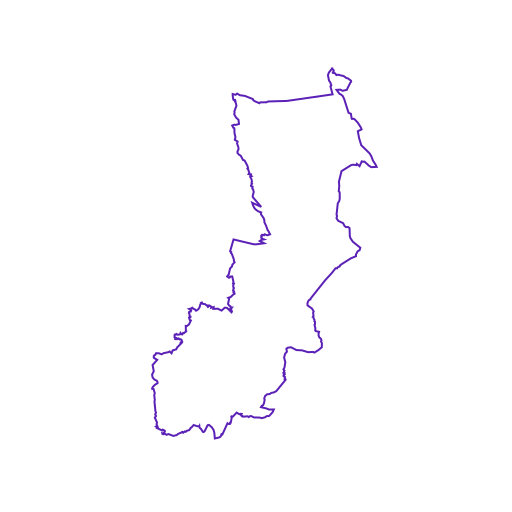 the district of Ajalpan, Puebla, Mexico, rotated 301°
{"feature_id": "50627088B30367983369088", "entity_name": "Ajalpan", "entity_type": "district", "adm_level": 2, "iso_a3": "MEX", "parent_name": "Mexico", "parent_adm1": "Puebla", "projection": "albers", "projection_center": [-97.164, 18.435], "detail": "fine", "context": "isolated", "style": "outline", "palette": "violet", "viewbox_px": 512, "rotation_deg": 301, "n_neighbors": 0, "source": "geoboundaries", "source_scale": "gbopen_adm2", "svg_char_len": 6091}
<svg xmlns="http://www.w3.org/2000/svg" viewBox="0 0 512 512"><g transform="rotate(301 256 256)"><path d="M385.5,156.2L383.7,155.5L382.8,152.6L381.1,153.7L378.4,156.0L378.3,156.7L379.0,157.6L378.3,158.5L377.8,158.2L376.6,160.1L374.8,161.8L368.7,163.0L367.7,163.9L366.2,164.4L364.4,167.6L363.7,170.9L360.4,173.4L357.9,171.1L357.4,169.8L355.6,168.4L354.3,170.5L354.4,171.6L350.1,174.4L347.4,177.1L344.7,178.0L344.6,181.3L342.7,181.8L340.2,184.8L338.6,186.0L336.0,186.3L334.8,187.1L334.1,189.2L334.1,191.3L331.6,195.4L332.0,197.0L329.1,201.9L327.3,203.9L326.4,203.7L326.1,204.8L323.8,207.5L322.4,207.5L323.4,209.7L322.4,210.0L322.2,211.0L321.2,210.0L320.9,210.2L319.7,212.3L317.9,214.1L316.3,214.5L316.1,215.3L313.8,215.4L313.3,216.0L313.7,217.3L311.8,218.2L311.6,219.2L309.7,221.1L306.1,222.1L304.8,222.9L300.8,235.2L299.7,225.3L298.1,227.1L296.6,229.3L295.8,231.3L295.4,234.6L296.0,238.0L295.1,238.1L294.2,239.0L292.5,242.9L291.2,244.5L289.1,246.0L287.2,249.0L284.1,252.7L284.1,253.2L281.8,256.9L279.6,255.0L279.0,252.2L277.9,252.2L277.4,250.3L276.5,250.1L275.8,250.1L275.4,251.1L274.3,251.1L273.9,251.9L274.3,254.2L272.7,252.5L270.8,251.5L271.1,256.4L266.0,250.0L264.8,247.8L258.6,228.2L246.7,231.4L246.6,232.8L245.7,233.0L245.2,234.4L241.6,238.9L240.3,239.6L239.6,240.9L236.4,240.2L234.7,240.8L232.0,240.2L226.1,242.1L223.6,241.8L223.4,244.0L224.3,244.6L225.1,244.4L226.2,246.2L222.1,250.1L220.7,250.4L220.9,251.3L219.2,251.5L217.7,252.6L216.9,252.1L217.2,252.3L217.1,253.6L214.6,254.1L214.3,255.4L213.4,255.3L213.0,256.8L212.6,257.1L211.0,256.2L207.9,255.5L205.8,253.7L205.5,255.0L200.5,256.7L199.7,258.5L199.7,260.1L198.8,261.2L199.3,261.9L198.4,261.8L197.9,261.0L197.4,261.0L197.1,262.6L196.0,264.0L195.1,264.0L196.6,257.9L195.7,255.9L191.5,254.6L191.1,250.3L188.7,246.7L190.4,246.0L188.6,244.3L189.5,244.1L189.6,241.7L187.6,241.1L188.0,240.2L188.7,240.0L188.2,239.1L188.5,237.1L187.6,235.1L188.3,233.5L187.2,232.9L186.6,233.4L185.4,233.3L183.2,234.0L180.9,234.0L178.6,233.1L178.2,232.7L178.8,231.2L178.5,229.5L178.9,228.0L177.1,227.1L176.4,226.2L176.2,226.0L176.1,228.4L174.8,228.7L173.7,227.5L172.6,227.8L172.1,228.7L170.0,230.3L170.3,231.0L169.7,231.3L168.6,230.4L167.0,232.2L167.2,233.4L162.8,233.8L160.3,232.8L159.9,231.8L155.8,234.4L155.4,235.7L155.3,234.8L152.8,234.0L152.6,233.2L150.8,233.2L150.6,232.5L151.1,231.0L150.2,231.3L149.5,231.1L148.2,229.4L148.2,227.9L147.3,227.8L146.9,226.9L146.3,226.9L144.3,228.1L144.5,229.0L143.2,229.5L143.5,230.3L144.7,230.6L144.5,231.8L145.5,232.2L145.2,233.7L145.8,234.2L145.8,235.3L145.1,236.2L143.2,236.1L143.7,237.1L143.4,237.1L137.0,235.5L134.9,235.7L132.2,233.2L129.1,233.7L129.7,231.1L128.5,230.5L125.2,226.9L123.1,225.7L122.6,222.9L121.2,220.4L119.5,220.6L118.9,220.1L117.5,219.9L116.1,220.9L116.1,224.8L109.3,223.5L104.6,227.7L100.8,228.0L98.6,230.0L97.8,232.4L98.0,235.2L97.1,236.7L96.2,237.1L93.6,235.7L91.2,235.1L89.9,235.0L88.7,235.4L89.2,236.7L86.4,239.8L84.2,240.5L80.7,243.3L79.0,243.9L71.2,249.7L70.2,251.0L68.4,251.1L67.4,252.7L65.4,252.5L62.3,256.9L60.6,257.4L59.2,259.3L58.9,258.4L58.3,258.1L58.3,259.6L57.5,259.6L58.1,265.4L59.1,265.5L59.3,267.7L58.8,268.2L57.0,268.1L56.0,267.9L55.8,267.0L55.3,267.5L55.5,268.4L56.8,269.4L56.6,271.3L58.3,272.7L59.2,277.8L61.6,280.2L63.5,280.9L66.3,283.0L67.1,283.2L67.4,283.6L67.0,284.6L69.1,285.4L69.1,286.3L71.0,287.0L72.0,288.2L73.1,288.6L75.1,288.5L75.7,289.0L79.0,289.6L79.8,293.1L80.6,295.0L81.1,295.0L79.8,296.0L79.4,298.0L77.9,301.0L78.1,301.8L79.5,302.2L86.1,301.7L87.0,302.7L86.5,306.1L85.2,309.0L83.3,311.1L78.4,314.7L81.5,317.9L83.2,318.7L85.5,318.2L85.7,319.1L97.9,317.7L97.8,318.6L98.5,320.1L99.7,319.6L100.1,320.2L104.8,318.5L105.5,317.6L106.0,317.6L106.5,318.9L111.8,320.1L111.8,323.2L112.8,324.0L113.2,325.0L111.9,325.0L111.4,326.4L111.9,326.9L111.6,327.7L114.3,331.4L114.2,332.8L115.4,333.2L116.3,334.2L116.6,337.5L119.4,342.3L119.9,344.4L122.4,346.8L124.3,347.7L125.4,349.4L126.1,349.8L130.9,350.7L133.6,350.3L131.2,346.4L130.7,343.6L129.0,338.1L130.5,338.1L131.9,338.9L133.8,338.7L137.2,337.5L138.0,336.5L140.6,335.9L143.1,336.7L144.7,338.8L146.6,339.7L148.4,341.7L150.7,343.0L165.0,345.1L165.0,344.2L165.9,344.2L166.2,343.3L167.2,343.2L167.4,341.3L169.3,341.5L169.3,340.5L170.3,340.7L170.2,339.7L171.1,339.8L171.8,339.2L172.4,339.4L173.0,337.9L174.9,337.9L180.1,335.8L183.4,332.4L187.2,331.3L189.9,331.8L192.1,329.8L193.7,330.4L195.8,333.0L196.2,339.1L198.8,344.0L200.4,350.2L203.2,354.4L203.3,355.8L207.6,358.0L211.7,359.4L215.2,357.4L216.3,355.7L217.2,355.7L218.4,354.5L218.9,352.1L220.1,350.6L221.9,349.5L223.5,349.1L222.4,345.9L222.8,345.0L224.7,344.1L227.1,341.6L227.9,341.7L230.0,340.4L230.2,339.6L231.3,339.1L232.2,337.5L233.5,336.5L233.3,336.1L234.5,336.0L236.7,334.2L238.2,334.0L239.8,331.0L240.2,325.6L242.1,324.4L244.2,324.0L245.7,324.2L246.8,325.0L247.5,324.7L271.0,327.8L280.7,329.8L286.5,330.5L287.1,331.8L288.3,331.8L290.2,333.1L291.0,332.8L293.5,333.8L303.0,338.6L307.3,341.8L308.8,340.9L312.3,340.7L314.3,341.8L316.8,341.2L318.1,331.7L319.9,327.8L321.2,326.3L328.1,321.8L328.3,320.0L327.1,318.3L327.4,316.3L329.0,313.8L328.5,308.3L329.9,305.5L332.0,304.9L333.0,303.7L343.2,299.0L346.1,299.0L348.2,298.3L353.7,294.9L354.1,293.6L358.9,291.3L362.4,288.8L372.8,285.6L383.0,290.8L384.5,292.6L385.6,295.2L386.9,295.0L386.3,298.5L391.6,297.9L391.8,299.1L392.8,300.3L391.6,306.3L391.5,309.0L394.5,313.5L395.7,311.8L398.1,307.0L400.9,303.5L402.5,300.4L405.2,289.1L410.3,283.5L415.4,279.0L418.9,281.3L420.2,279.6L422.7,274.7L424.0,270.1L424.0,269.1L422.9,267.7L423.2,267.1L426.8,264.1L426.4,261.6L436.0,250.7L437.8,248.0L438.2,245.7L438.0,244.1L439.9,239.5L442.0,242.5L442.2,245.1L445.1,248.2L453.1,247.6L454.4,247.8L455.2,247.1L455.6,243.4L455.1,241.8L455.4,238.5L453.6,232.8L452.5,231.8L453.3,229.5L452.6,227.5L453.0,227.2L454.0,227.5L455.2,227.0L455.5,225.4L456.7,224.3L455.7,224.6L450.8,224.0L448.1,224.5L444.0,228.2L443.0,230.4L441.0,232.7L439.8,232.4L434.0,238.4L404.9,202.7L394.7,186.8L393.2,185.8L389.8,180.4L388.7,180.2L388.0,174.9L388.2,173.3L388.9,172.5L387.5,164.0L385.5,159.3L385.5,156.2Z" fill="none" stroke="#5b21b6" stroke-width="2"/></g></svg>